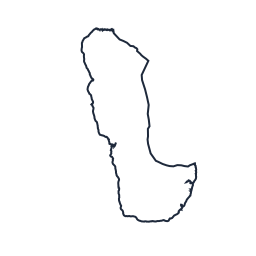 South Erromango, Tafea, Vanuatu, rotated 51°
{"feature_id": "77236927B89058038610930", "entity_name": "South Erromango", "entity_type": "district", "adm_level": 2, "iso_a3": "VUT", "parent_name": "Vanuatu", "parent_adm1": "Tafea", "projection": "robinson", "projection_center": [169.191, -18.905], "detail": "fine", "context": "isolated", "style": "outline", "palette": "slate", "viewbox_px": 256, "rotation_deg": 51, "n_neighbors": 0, "source": "geoboundaries", "source_scale": "gbopen_adm2", "svg_char_len": 5844}
<svg xmlns="http://www.w3.org/2000/svg" viewBox="0 0 256 256"><g transform="rotate(51 128 128)"><path d="M42.4,77.6L42.2,77.9L41.5,78.1L41.4,78.2L41.6,78.5L41.3,78.4L41.3,78.8L40.7,78.8L40.7,79.2L41.0,79.1L41.2,80.0L40.8,80.7L40.3,80.9L40.1,80.7L39.8,80.8L39.5,81.4L38.8,81.7L38.9,81.9L38.7,82.1L38.9,82.3L38.8,82.7L38.2,83.2L37.8,83.1L37.7,83.4L37.6,83.5L37.3,83.5L36.9,83.7L36.9,84.1L36.6,84.1L36.5,84.4L36.3,84.5L36.2,84.9L36.5,85.1L36.5,85.4L36.3,85.5L36.1,86.1L35.8,86.0L36.0,86.5L35.7,86.5L35.3,86.4L35.2,86.3L34.8,86.4L34.4,86.6L34.2,86.8L34.1,87.2L33.9,87.5L34.2,88.2L33.8,88.2L33.5,88.5L33.2,88.6L32.8,88.8L32.7,89.1L32.2,88.9L31.9,89.3L31.9,89.6L31.7,89.8L30.9,89.6L30.4,90.5L30.5,90.8L30.1,92.7L30.3,93.4L30.2,94.0L30.6,95.5L30.6,97.1L30.8,97.8L31.1,99.5L31.4,100.7L31.7,101.1L31.5,101.5L31.4,102.2L31.1,102.7L31.1,104.0L30.7,105.4L31.9,108.6L32.7,109.7L32.9,110.3L36.2,112.8L36.9,113.8L37.4,114.2L38.0,114.9L38.5,115.3L39.6,115.8L40.1,115.9L41.6,115.6L42.7,115.7L43.2,115.9L44.3,117.0L45.6,117.9L46.5,118.4L47.5,119.2L48.2,120.0L49.2,120.5L50.3,120.7L51.9,121.2L53.0,121.3L55.2,122.3L57.0,122.2L58.0,122.6L58.8,122.6L59.5,122.9L61.4,123.2L61.9,123.7L62.6,124.1L63.4,124.1L64.5,124.6L65.4,124.7L66.1,124.9L67.0,124.7L67.4,124.9L67.7,124.6L68.2,124.4L68.6,124.5L68.9,124.8L69.1,125.4L68.5,126.5L68.5,127.2L69.5,130.9L70.0,131.4L70.8,133.2L72.0,134.6L72.6,135.2L74.7,136.0L75.8,136.0L77.0,136.5L77.7,136.2L79.4,136.1L80.3,136.7L81.3,137.1L82.8,138.0L85.5,138.6L86.2,139.1L86.7,139.9L86.6,140.4L86.5,140.8L86.7,141.7L88.0,141.4L88.9,141.9L90.4,142.0L91.3,142.7L92.4,144.1L93.1,144.8L94.8,145.7L96.5,146.3L97.9,146.9L99.4,147.9L101.2,148.5L102.1,148.7L103.4,148.5L103.9,148.5L105.8,149.4L106.6,149.9L107.0,150.0L108.3,151.0L108.7,151.1L109.4,151.7L110.4,152.0L111.0,152.2L112.1,153.1L113.5,153.7L113.8,153.7L115.4,154.1L117.7,152.6L117.8,152.3L118.2,152.1L119.2,151.5L119.6,151.5L120.8,151.0L121.1,150.5L121.3,150.5L121.4,150.3L121.7,150.1L122.3,150.1L122.9,150.0L123.7,150.4L124.7,150.0L125.0,150.1L125.1,150.4L125.5,150.8L126.7,151.2L127.2,151.5L127.9,151.8L128.4,152.3L128.6,152.4L129.0,152.2L129.2,151.8L130.2,151.5L130.5,150.8L131.3,150.2L131.7,150.2L132.5,150.6L132.9,150.6L133.2,150.4L133.4,150.0L133.0,149.3L133.2,149.2L131.7,146.5L133.2,148.8L133.5,149.9L133.6,150.0L133.5,149.5L133.7,149.9L133.6,150.2L133.3,150.6L132.6,150.9L131.9,150.5L131.4,150.5L131.2,150.9L130.9,151.2L130.9,151.5L131.3,151.8L131.7,152.0L131.9,152.5L132.3,152.5L132.7,152.7L134.5,155.4L135.4,155.4L135.7,155.6L136.2,156.3L137.3,157.0L137.6,157.7L138.0,159.0L139.0,159.3L139.5,159.2L139.8,158.9L140.3,158.6L142.4,158.8L142.7,159.1L142.8,159.6L143.8,160.2L144.5,161.3L145.2,161.9L146.6,162.3L147.5,162.2L148.7,162.1L149.5,162.1L150.2,162.3L151.3,163.2L153.0,164.0L154.4,164.8L155.2,165.5L156.7,166.1L157.5,166.6L158.7,166.8L159.7,166.7L161.7,167.0L162.7,167.6L163.6,169.1L164.6,170.2L166.6,171.6L167.5,172.3L168.1,172.4L168.3,172.8L168.5,173.0L169.2,172.8L169.8,173.2L170.8,174.3L170.8,174.6L171.1,175.1L171.7,175.5L172.9,176.5L174.5,177.0L175.7,178.0L176.3,178.3L177.1,179.4L178.4,180.4L179.7,181.0L180.1,181.0L180.5,181.3L181.8,181.7L182.7,182.1L183.3,182.1L184.2,182.3L184.6,182.8L185.2,183.8L186.1,184.4L186.7,184.5L188.5,184.2L189.3,184.3L190.8,185.0L191.1,185.4L191.4,185.5L192.3,185.9L193.3,186.1L194.8,185.6L195.3,185.0L195.6,184.4L196.5,183.7L196.8,183.0L197.3,182.3L198.0,181.9L198.2,181.6L198.5,181.4L199.4,180.0L199.8,179.5L201.6,178.2L202.6,178.0L203.8,178.1L204.6,178.3L205.5,178.2L207.2,177.5L208.0,176.8L209.0,176.3L211.0,174.2L211.1,173.7L211.7,173.0L211.9,172.7L212.4,172.5L213.5,171.1L214.0,170.7L214.5,169.5L214.9,169.1L215.1,168.5L215.6,168.2L215.7,167.6L216.0,167.2L217.1,166.5L217.2,166.2L217.7,165.7L218.2,165.2L218.7,163.9L220.1,162.1L220.5,161.2L221.3,160.1L221.5,159.3L222.1,158.1L222.9,157.9L223.4,157.5L224.1,157.1L225.2,156.0L225.4,155.5L225.6,154.8L225.1,153.6L224.8,153.1L224.8,152.9L224.7,152.2L225.2,151.9L225.7,150.3L225.3,148.2L225.1,147.6L225.1,147.1L225.3,146.5L225.3,146.1L225.8,144.2L225.9,142.9L225.8,142.3L225.5,142.0L225.6,141.7L225.0,141.4L224.6,140.9L224.7,140.7L224.3,139.7L224.3,138.9L224.7,138.5L224.6,138.2L224.7,137.9L224.9,137.8L224.3,137.5L224.2,137.0L224.2,136.3L223.8,135.6L223.2,135.3L222.6,135.7L222.1,135.6L222.0,135.4L222.0,134.8L221.8,134.8L221.2,135.1L220.4,135.7L220.9,135.1L221.6,134.5L222.2,134.7L222.5,135.0L222.9,134.9L223.3,135.0L223.7,134.4L223.8,133.5L223.6,132.9L222.2,130.8L221.6,129.0L220.6,127.2L220.6,126.8L220.2,125.0L220.0,123.4L219.7,122.7L219.8,122.1L219.3,121.5L218.6,120.8L218.2,120.1L217.3,119.2L216.9,119.0L216.5,119.1L216.8,118.5L216.3,117.8L215.8,117.7L215.2,117.8L215.6,117.2L215.6,116.8L214.3,115.3L213.2,113.4L212.2,112.8L211.3,113.0L210.7,113.5L210.5,114.0L210.0,114.2L209.5,113.6L209.2,113.4L208.1,113.3L207.0,113.8L207.0,114.0L207.2,114.9L206.8,115.9L207.0,116.5L206.9,116.7L206.7,115.8L207.1,114.8L206.8,113.9L207.9,113.2L209.2,113.2L209.7,113.4L210.2,113.2L210.7,112.7L211.3,112.5L211.8,112.6L211.8,112.0L211.5,110.9L210.9,109.8L210.8,108.8L210.3,107.7L210.2,107.2L208.8,105.7L208.6,105.7L207.8,105.2L207.5,104.9L206.7,104.2L206.3,104.2L206.3,103.9L205.3,103.0L205.2,102.7L203.9,102.3L203.9,101.9L203.4,101.3L201.4,100.1L201.2,100.2L200.2,99.4L200.0,99.5L199.6,99.3L199.3,99.4L198.6,99.0L197.9,99.4L198.0,99.2L197.9,98.9L198.0,98.5L197.6,98.2L197.4,98.5L196.9,100.4L195.9,103.4L195.7,105.6L193.1,108.1L190.6,110.0L187.9,113.0L186.4,116.8L183.8,119.6L181.3,121.5L177.8,123.7L173.1,125.9L171.0,127.0L162.0,126.4L153.0,122.4L149.2,120.0L147.1,117.7L141.2,113.1L140.2,110.2L134.8,106.7L129.5,103.8L123.1,97.4L116.2,93.9L108.7,90.4L99.6,86.9L95.4,84.0L88.6,69.9L85.6,70.4L81.9,71.4L79.7,71.8L78.0,71.8L73.9,72.5L72.7,71.2L71.3,71.2L69.7,72.0L67.9,72.3L65.7,74.5L61.2,75.1L57.5,76.8L53.9,78.8L45.4,79.4L42.4,77.6Z" fill="none" stroke="#1e293b" stroke-width="2"/></g></svg>